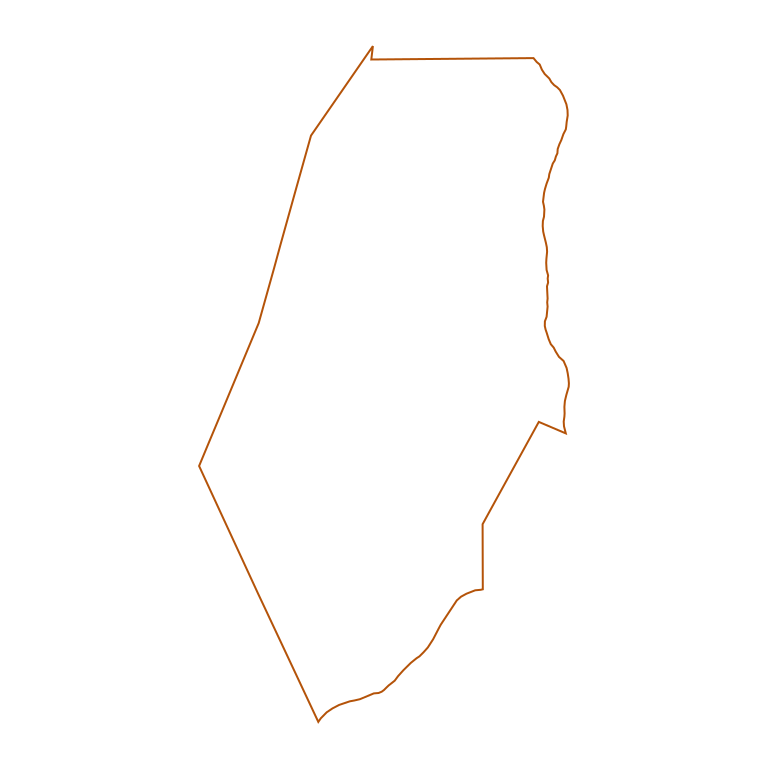 outline of Guaribas, Piauí, Brazil
{"feature_id": "56859067B53995248140837", "entity_name": "Guaribas", "entity_type": "district", "adm_level": 2, "iso_a3": "BRA", "parent_name": "Brazil", "parent_adm1": "Piauí", "projection": "equal_earth", "projection_center": [-43.543, -9.085], "detail": "fine", "context": "isolated", "style": "outline", "palette": "amber", "viewbox_px": 768, "rotation_deg": 0, "n_neighbors": 0, "source": "geoboundaries", "source_scale": "gbopen_adm2", "svg_char_len": 1626}
<svg xmlns="http://www.w3.org/2000/svg" viewBox="0 0 768 768"><path d="M318.3,721.9L320.8,718.3L326.7,712.3L332.5,708.4L339.2,704.9L349.9,701.3L354.3,700.5L359.9,699.2L373.8,693.4L378.6,693.0L381.7,691.7L384.0,690.0L386.3,687.7L388.7,685.4L394.7,680.7L398.1,676.1L403.5,670.1L410.8,662.9L416.6,658.2L419.4,656.4L423.7,652.1L427.8,647.5L433.1,639.3L438.7,628.5L440.8,624.6L456.8,600.4L461.0,596.7L466.5,593.7L475.2,590.3L480.7,589.8L482.8,589.3L482.7,557.4L482.6,524.2L490.1,510.5L538.8,421.9L565.8,433.4L564.0,426.3L563.7,421.6L564.4,416.6L564.6,413.4L564.4,406.9L564.9,401.0L566.3,395.1L568.7,386.8L568.9,383.4L568.5,378.5L567.7,373.2L566.6,368.0L563.6,361.0L559.0,356.9L555.7,351.6L553.7,347.6L550.8,344.2L548.7,339.2L546.6,332.5L545.6,329.6L544.8,326.0L544.9,321.3L546.6,316.8L547.6,306.6L547.2,302.4L547.6,298.5L547.3,292.7L547.0,286.3L548.1,282.6L547.7,278.5L548.1,275.4L546.6,270.0L546.2,262.8L546.4,258.9L547.1,251.7L546.8,247.2L545.9,242.8L544.0,235.2L543.2,231.6L542.7,226.0L542.9,221.0L544.0,216.7L544.4,209.5L543.9,205.9L543.0,201.8L544.1,192.8L545.0,188.9L546.6,183.6L548.8,177.7L549.3,174.1L552.8,163.5L554.8,160.3L555.9,156.5L557.4,153.3L557.7,149.0L559.4,144.2L561.3,140.1L563.4,134.1L565.8,129.4L566.2,126.7L566.7,121.8L567.7,115.5L567.5,110.0L566.4,104.3L563.0,95.7L559.9,90.0L557.2,87.3L554.1,85.1L551.4,82.2L549.3,78.5L544.7,74.0L541.9,69.7L539.7,64.5L536.7,62.0L533.5,58.1L371.3,59.5L372.9,46.1L311.0,135.6L296.4,187.6L280.7,243.9L278.9,250.5L274.1,268.1L258.7,323.1L220.6,414.5L208.5,443.4L199.1,466.0L258.1,593.7L266.2,610.9L294.8,671.8L318.3,721.9Z" fill="none" stroke="#b45309" stroke-width="2"/></svg>